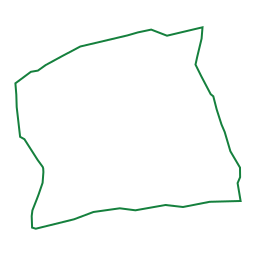 outline of Manlai, Ömnögovi, Mongolia
{"feature_id": "93677404B4911354311054", "entity_name": "Manlai", "entity_type": "district", "adm_level": 2, "iso_a3": "MNG", "parent_name": "Mongolia", "parent_adm1": "Ömnögovi", "projection": "equal_earth", "projection_center": [107.044, 43.953], "detail": "fine", "context": "isolated", "style": "outline", "palette": "green", "viewbox_px": 256, "rotation_deg": 0, "n_neighbors": 0, "source": "geoboundaries", "source_scale": "gbopen_adm2", "svg_char_len": 716}
<svg xmlns="http://www.w3.org/2000/svg" viewBox="0 0 256 256"><path d="M35.8,228.7L74.0,219.3L93.4,212.0L119.8,208.3L135.4,210.3L165.4,205.0L183.0,207.0L209.7,201.8L240.2,201.0L240.6,201.0L237.6,183.1L240.1,177.2L240.0,167.6L230.4,151.3L224.7,132.0L221.5,124.5L216.7,109.5L213.3,96.3L210.7,94.2L201.3,76.3L195.5,64.6L197.2,56.9L201.6,38.6L202.5,27.3L167.0,35.7L151.2,29.6L137.9,32.4L127.5,35.4L80.3,46.5L62.7,55.8L54.8,60.1L45.6,65.1L37.9,70.6L30.9,71.8L15.4,83.3L16.3,94.5L16.7,107.1L20.1,136.8L24.4,139.2L37.6,159.9L42.7,166.9L43.2,168.4L43.4,172.1L42.6,182.8L38.7,194.2L37.0,198.7L32.4,210.4L31.7,216.1L32.1,227.6L33.2,227.9L33.5,228.0L35.1,228.5L35.8,228.7Z" fill="none" stroke="#15803d" stroke-width="2"/></svg>